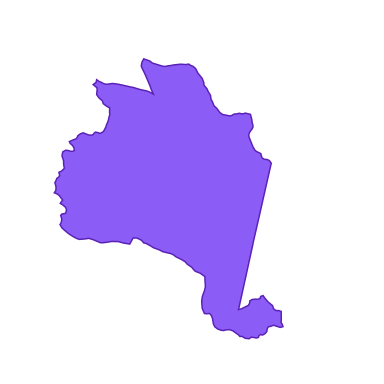 São Domingos do Maranhão, Maranhão, Brazil (Natural Earth projection), rotated 292°
{"feature_id": "56859067B35483531108788", "entity_name": "São Domingos do Maranhão", "entity_type": "district", "adm_level": 2, "iso_a3": "BRA", "parent_name": "Brazil", "parent_adm1": "Maranhão", "projection": "natural_earth1", "projection_center": [-44.348, -5.667], "detail": "fine", "context": "isolated", "style": "filled", "palette": "violet", "viewbox_px": 384, "rotation_deg": 292, "n_neighbors": 0, "source": "geoboundaries", "source_scale": "gbopen_adm2", "svg_char_len": 3624}
<svg xmlns="http://www.w3.org/2000/svg" viewBox="0 0 384 384"><g transform="rotate(292 192 192)"><path d="M114.7,319.4L114.6,317.0L113.5,314.2L114.4,311.2L116.8,309.3L118.5,303.9L120.8,299.4L122.6,296.7L120.9,294.8L118.8,294.9L117.2,293.3L116.4,290.9L115.0,288.2L112.8,286.4L110.2,287.1L107.8,286.6L106.3,285.2L104.3,283.4L102.3,281.7L100.4,279.2L165.4,268.2L167.8,267.7L195.4,263.3L227.9,258.0L248.4,254.7L250.1,251.9L250.3,249.6L249.4,246.7L249.9,244.1L253.4,241.4L253.7,236.9L254.2,234.9L256.8,231.5L263.8,224.8L265.1,223.7L267.4,223.0L269.4,223.2L273.1,224.1L275.0,224.2L277.0,223.3L278.4,222.1L280.1,221.1L281.7,220.2L285.9,217.1L285.5,214.5L285.1,211.7L283.8,210.5L283.1,208.8L282.7,206.3L281.1,204.1L280.1,201.9L278.0,200.3L276.8,198.9L275.3,191.4L276.1,188.1L278.8,183.7L280.2,180.1L283.3,177.1L285.2,174.8L288.5,173.0L291.2,169.4L293.4,167.1L294.8,164.4L295.8,162.9L297.8,162.0L299.6,160.3L301.0,159.1L303.0,155.6L304.3,153.1L305.8,151.4L307.7,149.3L308.9,146.0L308.9,143.0L309.4,141.1L307.8,138.4L306.3,133.7L304.8,130.9L302.9,127.3L301.4,125.1L300.0,122.4L298.8,120.9L297.7,118.1L297.2,112.7L296.7,106.9L297.6,104.1L297.6,101.9L297.4,97.4L294.0,97.0L292.3,97.2L290.0,97.7L288.5,98.9L284.6,103.3L280.7,107.3L275.6,112.4L273.8,114.1L272.1,115.5L270.7,117.0L268.3,119.5L268.6,117.4L268.8,115.3L268.8,113.1L268.3,109.6L267.9,107.6L267.5,104.8L267.1,100.3L266.9,98.1L266.4,95.9L265.1,87.8L264.3,83.2L263.7,80.9L262.8,77.5L261.6,75.5L260.2,73.0L259.5,71.0L259.4,68.9L259.7,67.0L259.7,64.6L260.4,61.5L257.7,62.0L254.6,60.1L253.6,63.0L253.1,64.8L251.1,65.8L248.9,66.4L246.6,67.1L244.6,70.2L243.8,72.2L243.0,74.7L240.7,76.6L239.9,79.3L239.4,81.7L239.2,84.1L236.9,85.0L234.9,85.7L233.1,86.8L230.2,87.0L227.6,87.5L224.7,87.7L222.9,87.5L220.4,87.8L215.8,87.4L214.2,86.8L212.0,85.0L211.8,82.6L211.4,80.1L209.7,79.1L208.1,78.8L207.0,77.4L206.1,74.6L206.1,71.8L206.1,68.9L204.3,66.9L202.9,65.9L201.2,65.0L199.5,65.1L197.9,64.6L196.2,62.7L192.8,59.4L191.4,60.9L190.4,63.8L188.6,66.1L186.4,67.4L185.0,66.1L184.3,64.3L184.1,61.6L183.4,59.2L180.9,57.2L178.5,57.5L176.5,58.1L175.1,59.4L172.7,61.3L170.0,62.4L168.1,63.5L166.2,64.8L162.5,63.2L160.4,61.2L157.4,63.3L155.5,62.6L154.1,61.6L151.6,61.6L149.2,61.4L147.6,62.7L145.6,64.1L142.5,65.2L139.7,64.6L139.6,68.2L138.8,70.6L137.2,73.1L136.1,75.1L134.2,74.5L132.1,74.1L131.6,77.1L130.5,80.3L128.9,82.1L127.1,82.5L125.3,82.9L124.0,81.6L123.0,79.7L121.1,79.0L119.6,80.3L117.8,81.5L114.7,82.2L112.4,81.8L110.1,84.7L108.7,88.3L107.6,91.7L106.8,94.8L106.1,98.9L105.7,102.2L105.9,105.4L107.2,108.0L109.2,111.8L110.3,113.4L110.6,116.0L110.8,118.5L110.7,123.6L110.7,126.2L111.9,129.1L114.8,134.0L116.1,136.2L118.4,142.3L119.0,147.4L119.4,149.5L119.9,151.4L120.4,153.8L127.2,154.6L128.6,157.8L128.6,159.8L128.3,163.3L126.7,166.3L127.1,168.5L126.6,173.4L125.9,177.1L126.1,183.6L125.7,187.2L126.4,192.0L126.9,194.9L126.9,197.9L125.9,201.4L125.6,206.2L125.3,208.7L124.7,212.1L123.4,214.3L122.1,220.0L120.5,222.9L119.7,224.8L119.8,230.0L119.1,232.7L118.5,235.5L116.2,236.6L113.7,237.7L111.4,238.9L108.9,240.0L104.4,240.6L101.2,240.6L98.8,240.8L96.7,241.3L94.3,241.9L87.9,245.1L84.0,249.0L84.6,251.3L85.9,253.7L84.9,256.0L82.4,258.4L79.1,260.4L77.3,261.6L75.5,263.8L74.6,267.2L74.7,270.8L75.3,273.0L76.6,274.8L78.4,278.1L78.6,281.8L77.9,284.6L77.0,288.5L76.0,290.5L76.9,292.6L76.3,296.0L77.3,299.9L79.6,301.4L80.2,303.4L80.7,306.3L82.0,308.0L83.9,308.0L85.5,308.9L85.8,311.0L88.2,312.9L90.8,313.6L93.3,313.0L95.4,313.1L97.0,315.4L98.9,317.3L99.2,320.1L99.5,324.5L101.2,326.8L103.0,325.4L104.4,323.5L107.1,322.6L111.4,320.8L114.7,319.4Z" fill="#8b5cf6" stroke="#5b21b6" stroke-width="1.5"/></g></svg>